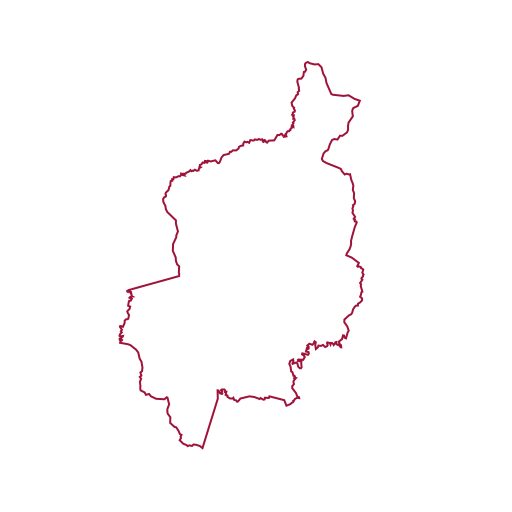 outline of Mueang Prachin Buri, Prachin Buri, Thailand, rotated 16°
{"feature_id": "78962969B52304698369920", "entity_name": "Mueang Prachin Buri", "entity_type": "district", "adm_level": 2, "iso_a3": "THA", "parent_name": "Thailand", "parent_adm1": "Prachin Buri", "projection": "natural_earth1", "projection_center": [101.383, 14.11], "detail": "fine", "context": "isolated", "style": "outline", "palette": "rose", "viewbox_px": 512, "rotation_deg": 16, "n_neighbors": 0, "source": "geoboundaries", "source_scale": "gbopen_adm2", "svg_char_len": 6127}
<svg xmlns="http://www.w3.org/2000/svg" viewBox="0 0 512 512"><g transform="rotate(16 256 256)"><path d="M219.5,440.1L224.8,442.8L226.4,442.6L229.3,445.0L232.0,448.2L233.7,448.5L233.3,450.3L234.1,451.7L233.4,454.1L237.8,456.5L241.4,456.9L242.8,457.6L244.1,456.4L246.9,456.2L247.9,454.4L250.4,454.0L254.3,454.1L257.5,455.4L258.6,403.7L256.1,395.7L256.7,395.6L259.5,398.0L261.4,397.9L261.5,397.4L260.3,396.8L260.8,395.5L259.3,394.7L259.8,393.8L262.4,393.0L263.5,393.8L263.7,395.2L264.9,394.7L265.1,397.9L267.0,398.0L267.3,399.2L270.0,400.1L272.6,399.6L273.3,398.5L274.8,400.4L276.8,400.3L278.1,401.3L278.9,400.6L280.3,397.3L288.4,392.7L293.2,392.0L298.9,392.5L299.5,391.3L302.7,392.1L303.8,391.5L303.6,389.8L307.5,388.9L307.6,387.2L322.9,386.8L326.5,391.5L329.9,388.9L330.9,387.2L331.8,386.5L332.2,385.5L331.7,385.0L332.5,384.0L332.8,382.7L334.6,381.0L336.7,380.7L336.3,379.9L334.6,379.9L332.2,376.7L327.4,373.2L326.7,371.2L327.8,368.7L326.7,366.9L326.6,365.4L328.0,362.4L326.4,362.7L326.6,361.0L325.9,360.5L325.0,360.8L323.1,357.7L321.6,357.2L319.7,352.8L317.7,350.5L317.9,347.4L320.2,345.2L321.0,346.7L320.6,349.0L320.9,349.6L324.1,347.2L325.4,347.9L327.1,350.8L329.1,351.8L330.2,351.5L330.5,350.3L329.0,346.6L328.7,344.7L325.5,345.4L324.9,344.4L325.3,343.8L330.0,342.8L330.7,339.6L329.2,338.4L327.4,337.9L327.4,336.8L333.2,336.7L333.7,335.3L333.0,333.9L330.4,334.1L330.3,330.1L331.0,329.9L331.7,330.9L332.1,330.5L331.7,328.8L330.0,327.9L331.5,325.6L334.7,325.8L335.5,324.2L335.8,321.9L337.2,322.4L337.5,325.3L339.2,328.9L340.6,326.8L340.7,324.9L343.3,324.5L344.9,323.0L347.6,324.4L349.1,323.2L349.5,322.0L348.2,320.0L348.4,319.4L350.9,319.3L352.0,320.6L352.1,318.9L353.0,318.6L354.3,319.2L355.2,320.2L356.0,318.4L356.1,317.0L356.8,316.6L357.9,318.7L361.2,319.1L362.5,320.4L363.1,320.3L362.3,318.3L360.1,317.2L359.8,316.1L359.1,315.6L361.6,312.2L361.5,308.3L362.6,308.2L363.7,310.1L365.2,310.4L365.2,304.0L365.7,302.2L363.1,298.5L359.1,295.3L358.5,292.7L361.7,287.5L363.5,285.8L364.1,284.2L364.0,280.7L364.9,277.6L365.8,276.1L367.6,275.6L367.2,273.7L368.9,271.9L370.2,269.4L369.6,267.5L367.3,266.5L367.6,264.3L367.3,261.9L368.1,261.0L364.9,255.9L364.8,254.2L363.5,253.3L364.8,249.5L363.6,248.8L363.6,247.8L364.5,246.3L364.2,244.8L364.5,244.2L362.8,242.8L362.9,239.7L362.1,239.0L360.4,238.8L359.9,237.8L357.7,237.6L357.0,238.3L356.1,237.9L356.8,234.3L348.3,231.1L342.6,230.4L342.6,228.4L344.0,223.9L344.3,220.7L344.0,217.7L343.2,215.4L343.0,210.8L343.0,200.9L343.6,196.0L343.0,195.2L341.3,195.5L340.9,194.8L341.0,193.6L339.7,193.3L340.5,191.1L336.8,187.9L336.7,185.6L335.6,183.7L335.8,181.3L335.2,180.5L336.5,178.6L336.2,176.0L334.1,173.5L333.0,168.6L330.8,165.7L330.2,161.6L329.1,159.7L326.7,156.7L323.9,151.5L323.2,152.0L320.5,151.9L318.8,153.2L314.9,150.6L314.0,149.2L312.1,148.6L298.1,147.2L294.1,146.2L292.5,144.5L292.7,138.8L294.0,136.0L295.7,134.7L296.1,133.4L296.2,128.3L297.1,123.6L299.0,122.0L302.2,121.6L303.6,117.2L305.9,116.7L309.4,112.1L309.7,109.2L308.6,105.6L308.2,102.2L310.6,95.1L308.5,90.2L308.5,87.7L308.9,86.8L312.5,83.6L313.0,78.1L307.4,77.8L300.7,76.0L296.0,78.0L285.4,79.8L283.8,79.6L276.1,70.3L273.7,65.6L270.4,62.3L266.9,56.5L263.1,54.4L259.5,55.7L254.4,55.9L252.4,55.2L250.7,56.6L250.2,57.9L250.7,60.0L252.9,63.1L252.3,65.4L251.3,65.9L251.9,69.8L250.7,73.0L248.0,74.0L247.4,74.8L247.6,76.9L251.0,82.6L251.0,83.4L252.0,85.3L250.9,87.1L251.8,88.9L250.4,90.5L250.0,93.8L247.9,98.7L249.5,101.7L251.8,103.0L251.7,103.9L253.3,105.4L253.4,106.6L251.9,108.0L252.2,109.5L251.8,110.3L252.9,111.3L253.6,110.7L254.0,113.8L255.0,113.5L255.8,114.8L254.7,117.6L255.4,118.0L254.9,119.8L256.0,120.5L256.4,121.7L254.5,121.2L254.6,122.1L255.2,122.7L254.1,124.4L254.3,125.6L253.6,125.8L253.4,127.0L252.1,127.3L251.4,128.7L251.5,129.8L250.7,130.8L250.0,130.9L251.3,131.3L252.3,132.6L250.5,133.5L250.7,132.4L248.5,132.9L247.1,131.4L246.5,131.5L245.2,133.3L243.3,133.7L241.7,139.8L236.5,141.6L235.4,144.0L233.9,143.5L233.4,142.6L232.4,142.1L231.8,142.6L232.1,143.7L231.7,144.3L231.0,144.1L230.5,142.6L229.8,142.1L228.6,143.0L226.4,142.8L225.4,144.0L222.9,144.2L222.4,145.3L221.1,145.9L218.6,146.1L218.2,149.1L216.4,148.6L215.3,149.4L213.4,149.2L212.8,151.4L213.2,153.3L211.5,154.0L209.6,155.7L209.6,157.5L207.8,160.0L204.7,160.8L203.4,162.8L202.2,163.0L201.9,165.2L197.0,167.9L195.7,170.8L195.3,175.6L194.7,177.0L193.7,177.2L190.6,175.2L186.4,177.6L183.5,177.6L183.1,178.1L183.6,179.4L183.3,179.8L182.2,179.6L181.8,178.5L180.7,178.7L180.8,180.7L178.9,180.9L178.3,183.0L177.0,183.9L177.1,185.9L178.3,186.0L177.1,187.4L177.2,189.6L175.4,190.4L173.4,189.9L172.3,191.5L171.6,191.4L170.6,192.3L169.3,191.5L168.4,193.2L165.9,195.3L165.6,196.4L163.9,196.8L164.0,197.7L164.8,198.3L163.3,198.4L162.6,197.5L161.3,197.4L161.6,199.0L160.9,200.4L159.8,200.5L157.4,202.5L155.2,202.9L155.4,205.0L154.3,205.2L154.7,206.7L153.9,206.7L153.3,207.8L154.3,212.1L153.6,213.2L153.7,216.8L151.9,219.9L151.9,221.5L152.8,222.4L152.9,223.7L151.6,224.8L151.0,226.8L152.1,229.7L155.0,232.7L156.5,235.9L158.8,238.3L169.2,243.8L170.1,247.0L174.2,253.9L173.7,258.2L174.2,259.9L173.0,267.4L174.6,273.9L179.2,279.5L180.4,282.8L182.5,285.8L185.0,287.1L186.4,293.3L187.1,294.2L187.6,296.5L143.0,323.8L141.8,325.2L142.4,325.8L143.8,325.1L144.1,325.5L144.6,324.8L145.9,325.1L146.1,326.7L146.8,326.9L147.5,328.7L148.6,329.0L146.4,330.0L145.9,331.0L148.4,331.4L147.9,333.5L146.5,333.9L146.3,334.6L146.8,339.1L149.0,339.3L149.0,341.8L147.5,344.6L148.3,346.0L150.2,347.7L150.5,351.4L150.2,352.0L148.3,352.9L147.6,354.5L148.2,356.7L147.6,360.8L145.6,360.5L144.6,361.0L144.7,361.6L147.5,363.9L146.8,365.6L148.1,366.5L146.9,368.4L146.8,370.4L147.5,370.8L150.2,369.5L150.2,370.2L148.3,372.6L150.4,373.6L150.2,374.2L148.3,374.2L149.3,375.5L149.3,376.9L157.2,376.1L159.9,376.3L166.4,379.0L169.4,381.2L172.5,386.8L175.0,389.1L177.6,394.5L178.2,398.1L177.0,399.9L178.8,402.6L177.6,404.3L179.4,405.6L179.1,409.0L180.7,412.7L181.3,415.5L182.2,417.0L186.5,417.8L188.5,419.8L191.2,418.1L193.6,419.8L199.2,420.8L207.4,419.0L209.1,416.4L209.9,416.5L213.4,422.5L213.0,427.6L213.9,430.7L214.8,432.1L218.1,434.6L219.5,440.1Z" fill="none" stroke="#9f1239" stroke-width="2"/></g></svg>